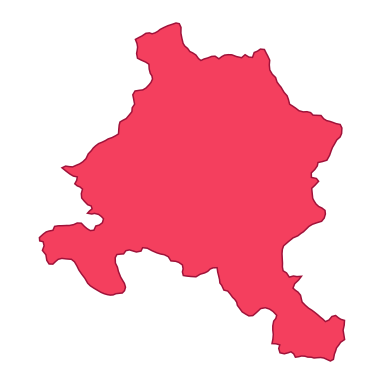 Campestre, Minas Gerais, Brazil
{"feature_id": "56859067B89566342102842", "entity_name": "Campestre", "entity_type": "district", "adm_level": 2, "iso_a3": "BRA", "parent_name": "Brazil", "parent_adm1": "Minas Gerais", "projection": "orthographic", "projection_center": [-46.226, -21.716], "detail": "fine", "context": "isolated", "style": "filled", "palette": "rose", "viewbox_px": 384, "rotation_deg": 0, "n_neighbors": 0, "source": "geoboundaries", "source_scale": "gbopen_adm2", "svg_char_len": 4396}
<svg xmlns="http://www.w3.org/2000/svg" viewBox="0 0 384 384"><path d="M39.4,237.6L39.7,240.9L43.1,241.7L44.1,245.8L42.4,250.4L45.9,254.8L46.8,260.4L49.1,264.0L52.9,264.1L55.8,261.3L58.2,259.3L61.8,258.4L66.3,258.9L71.4,259.3L74.5,261.8L76.9,265.9L78.9,270.0L81.4,273.7L84.9,278.3L87.7,283.2L90.3,285.8L94.1,288.3L98.0,290.6L101.1,292.4L104.2,293.7L107.3,294.6L110.3,295.1L113.1,294.9L115.9,293.7L119.2,293.3L122.3,293.0L124.5,290.7L125.5,287.2L124.4,283.4L122.7,280.6L120.6,277.0L118.4,271.4L117.4,267.2L115.4,263.1L115.2,257.7L116.9,254.5L120.4,254.1L123.6,253.9L125.9,250.7L129.4,249.9L132.4,250.8L136.4,252.0L141.0,251.1L142.6,247.7L147.3,248.2L152.0,250.7L156.8,252.8L160.6,254.0L164.3,254.7L168.3,256.7L170.9,260.9L175.7,261.3L178.8,262.4L182.4,264.9L183.1,268.8L182.4,271.9L183.3,275.5L186.2,276.0L190.9,276.5L196.0,276.8L200.2,274.2L204.7,272.9L207.7,271.4L210.2,269.0L213.2,267.8L217.1,267.7L217.7,272.0L218.7,276.0L219.5,279.4L219.9,283.0L221.7,285.3L223.9,290.1L227.7,291.0L229.9,293.6L232.6,297.3L234.8,299.4L236.7,302.2L237.4,305.4L239.5,308.2L242.2,311.9L245.5,314.0L248.9,315.9L252.8,315.6L255.7,313.2L258.0,311.1L260.6,308.6L265.3,307.7L269.6,309.1L273.1,311.5L276.7,315.3L275.8,318.5L273.7,321.1L272.8,325.9L272.8,330.0L273.3,334.4L272.9,339.1L272.0,343.6L276.0,343.8L279.8,344.9L278.7,348.5L280.0,352.8L284.3,353.8L288.1,352.8L291.0,351.8L293.7,353.8L295.4,357.2L298.8,356.7L301.5,356.0L304.9,356.2L307.8,357.1L311.3,357.2L314.0,358.0L317.2,357.7L320.7,357.5L323.8,358.0L327.1,359.5L330.4,361.0L333.4,359.4L334.4,354.1L335.6,351.0L336.5,347.9L338.7,345.1L340.6,342.3L344.6,339.5L343.8,334.5L343.1,330.2L344.2,325.1L344.5,320.4L340.8,319.3L338.4,317.8L335.6,315.5L331.9,316.5L329.0,320.0L325.4,321.6L322.8,319.1L320.3,317.1L317.6,314.7L314.5,312.2L311.8,310.2L308.5,308.1L305.3,305.3L302.1,302.0L301.4,299.1L300.5,295.2L298.0,292.1L295.4,290.3L293.0,288.1L294.7,283.7L298.6,280.0L301.4,276.3L296.9,276.6L293.4,276.0L289.3,277.1L286.5,272.9L283.1,270.8L282.4,267.0L282.5,263.2L282.3,259.7L282.0,253.7L282.4,249.2L283.6,245.8L285.8,243.9L288.8,241.3L293.0,237.9L297.9,235.8L300.9,233.4L303.4,231.8L306.4,228.9L308.9,226.4L312.4,224.3L317.0,222.7L321.6,221.3L324.2,218.1L325.4,214.0L325.0,210.4L321.9,208.0L318.7,206.5L316.0,204.0L314.0,200.9L312.7,198.3L312.1,192.4L311.7,188.3L315.1,185.1L318.6,181.3L316.4,178.5L311.4,177.4L311.3,172.9L314.8,169.5L317.3,165.9L318.0,162.5L322.3,161.6L326.9,160.2L329.6,155.3L331.3,150.4L332.5,147.4L334.5,144.0L336.8,139.9L340.1,137.0L341.6,133.5L341.9,128.0L340.2,124.5L336.0,123.6L332.8,122.4L329.9,121.4L326.6,120.6L323.7,118.8L321.0,115.5L316.4,115.3L313.1,115.2L310.6,112.6L307.0,111.7L303.3,111.9L298.9,110.7L295.6,108.1L292.8,106.2L289.6,104.2L288.4,99.4L287.1,95.8L284.1,92.4L282.6,89.9L281.1,87.3L279.1,84.9L277.0,82.0L275.6,77.5L272.3,74.3L269.8,70.0L269.3,64.9L269.7,60.2L267.7,55.9L266.2,53.1L264.4,49.5L260.4,49.1L257.4,51.2L254.2,52.5L252.5,57.4L248.9,57.1L245.1,54.7L241.6,57.7L236.6,56.6L231.8,54.8L228.2,54.7L224.6,55.1L221.8,56.6L218.9,58.8L215.1,56.2L211.7,56.4L207.9,57.9L204.0,59.0L200.9,60.5L198.5,58.6L195.9,55.0L192.7,52.9L189.8,51.5L187.6,48.4L184.8,46.1L183.1,43.4L181.9,38.4L180.9,33.2L181.0,27.4L179.3,23.7L176.0,23.0L172.2,24.3L167.9,25.7L163.7,27.6L160.2,29.4L157.7,31.4L155.0,32.9L152.1,33.8L149.4,32.9L145.9,33.3L141.9,36.0L139.1,37.4L135.4,39.4L137.0,43.5L137.6,47.1L137.2,50.2L136.6,53.5L137.5,58.2L141.0,60.0L145.7,62.1L148.9,64.2L149.2,69.1L150.3,73.4L151.9,75.8L152.5,79.0L151.0,82.4L148.9,85.0L146.0,88.0L142.8,89.9L139.4,90.3L135.0,91.0L132.8,94.8L133.6,98.8L134.6,104.2L132.2,107.8L131.9,111.7L129.0,115.3L126.2,118.6L122.7,120.4L120.0,122.0L119.2,125.0L118.8,129.1L118.5,133.9L115.7,135.7L112.0,137.6L108.2,138.9L105.4,140.6L102.1,142.2L98.6,143.6L95.7,145.8L93.3,148.0L91.3,150.7L88.3,153.8L86.0,158.7L82.8,161.8L79.6,163.9L76.2,165.3L72.6,166.9L69.0,166.6L65.6,166.1L62.0,167.8L65.9,171.0L70.0,174.1L73.4,176.1L77.3,176.9L76.7,180.3L74.8,183.8L77.3,185.9L79.9,186.9L82.5,189.1L81.3,193.7L81.7,198.0L84.5,201.4L87.7,204.7L91.2,206.0L92.1,208.8L89.5,211.0L87.5,213.2L91.8,214.0L94.5,213.4L98.6,214.4L101.4,216.5L103.5,218.8L102.4,222.7L99.4,225.0L95.8,226.0L93.9,230.2L90.3,230.6L87.1,228.7L84.4,226.4L81.3,223.2L77.2,223.0L73.7,224.6L69.3,225.5L66.4,225.5L62.4,225.7L58.2,225.8L54.6,226.4L52.9,230.3L49.1,231.0L46.2,231.9L43.5,233.9L39.4,237.6Z" fill="#f43f5e" stroke="#9f1239" stroke-width="1.5"/></svg>